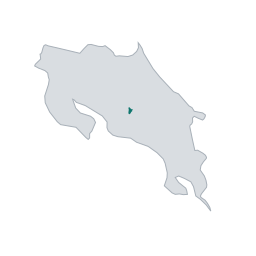 location of Alajuelita, San José, Costa Rica, rotated 348°
{"feature_id": "36466004B46063821008241", "entity_name": "Alajuelita", "entity_type": "district", "adm_level": 2, "iso_a3": "CRI", "parent_name": "Costa Rica", "parent_adm1": "San José", "projection": "equal_earth", "projection_center": [-84.116, 9.889], "detail": "fine", "context": "in_parent", "style": "filled", "palette": "teal", "viewbox_px": 256, "rotation_deg": 348, "n_neighbors": 0, "source": "geoboundaries", "source_scale": "gbopen_adm2", "svg_char_len": 2554}
<svg xmlns="http://www.w3.org/2000/svg" viewBox="0 0 256 256"><g transform="rotate(348 128 128)"><path d="M206.4,131.3L206.1,132.4L205.3,133.6L204.1,134.9L202.6,135.7L198.9,133.2L195.2,130.3L193.2,131.6L192.5,135.4L191.1,137.3L189.4,138.1L188.7,139.3L188.6,152.0L188.7,163.9L191.5,164.2L196.1,168.3L198.1,170.8L198.7,173.0L198.2,174.1L194.8,176.7L191.5,180.0L189.9,184.1L192.7,190.8L193.4,195.3L193.3,200.0L192.5,202.3L186.1,207.7L184.7,209.6L184.9,211.0L188.4,214.7L190.1,218.3L191.5,222.7L191.7,226.5L188.5,219.5L184.0,212.8L180.2,208.6L179.9,199.0L178.3,193.7L172.5,188.9L167.6,185.5L163.9,186.2L166.2,191.8L172.0,198.9L172.4,201.6L172.3,205.3L168.3,204.7L164.7,203.2L160.4,202.7L157.6,200.6L151.5,192.1L155.8,184.8L157.1,180.1L157.0,170.2L156.0,165.5L151.3,158.2L143.9,150.2L133.4,143.7L128.5,138.5L116.3,134.4L111.7,131.8L108.1,126.8L107.5,123.3L108.8,117.8L105.4,110.9L90.9,97.2L82.8,92.2L81.1,89.2L79.8,88.3L81.0,97.7L84.5,103.4L93.8,108.7L96.4,111.8L97.4,115.8L92.0,123.5L89.3,125.5L88.4,129.7L86.7,130.9L84.8,128.5L77.3,116.5L62.8,110.7L60.1,107.1L54.7,96.1L52.3,86.1L53.2,79.4L59.2,69.0L61.0,64.4L60.7,61.6L60.9,57.5L58.7,54.6L53.1,50.9L49.6,47.9L50.6,46.4L56.9,42.4L57.3,38.7L57.3,37.5L58.3,37.3L59.3,36.3L59.8,35.3L61.6,31.8L63.1,29.8L64.8,29.5L66.9,31.0L74.9,34.7L83.8,38.9L96.4,44.9L101.6,41.1L106.1,38.2L109.3,38.6L116.1,42.0L120.2,43.1L122.7,42.7L127.0,47.7L129.4,51.4L129.8,53.9L131.1,55.3L134.5,55.6L142.8,58.1L147.8,57.6L152.4,54.9L154.9,51.7L155.7,46.7L156.9,49.2L158.3,53.1L158.9,58.2L164.8,75.1L169.6,84.6L180.0,101.9L184.5,105.1L192.2,119.0L194.8,121.3L196.3,125.4L204.2,128.8L206.4,131.3Z" fill="#d9dde1" stroke="#a8b0b8" stroke-width="1"/><path d="M133.3,108.9L133.3,109.0L133.3,109.4L133.3,110.0L133.3,110.6L133.3,111.2L133.2,111.3L133.1,111.5L132.9,111.6L132.9,111.8L132.8,112.0L132.7,112.0L132.7,112.3L132.7,112.5L132.8,112.6L132.8,112.8L132.7,112.8L132.7,113.0L132.5,113.3L132.4,113.3L132.2,113.4L132.2,113.5L132.3,113.6L132.3,113.8L132.4,114.0L132.5,114.0L132.7,113.9L132.8,113.7L133.0,113.5L133.1,113.4L133.3,113.3L133.3,113.2L133.5,112.8L133.6,112.7L133.8,112.5L134.0,112.5L134.2,112.4L134.3,112.3L134.3,112.2L134.5,112.1L134.4,112.0L134.5,112.0L134.6,111.9L134.8,111.9L135.0,111.8L135.0,111.6L135.0,111.4L134.9,111.4L135.0,111.3L134.9,111.3L134.9,111.2L134.7,111.0L134.7,110.9L134.7,110.7L134.4,110.5L134.4,110.4L134.3,110.2L134.2,110.2L134.2,110.3L134.1,110.2L133.9,110.1L133.9,109.9L133.7,109.7L133.6,109.4L133.5,109.2L133.4,109.0L133.4,108.9L133.3,108.9Z" fill="#14b8a6" stroke="#0f766e" stroke-width="1.5"/></g></svg>